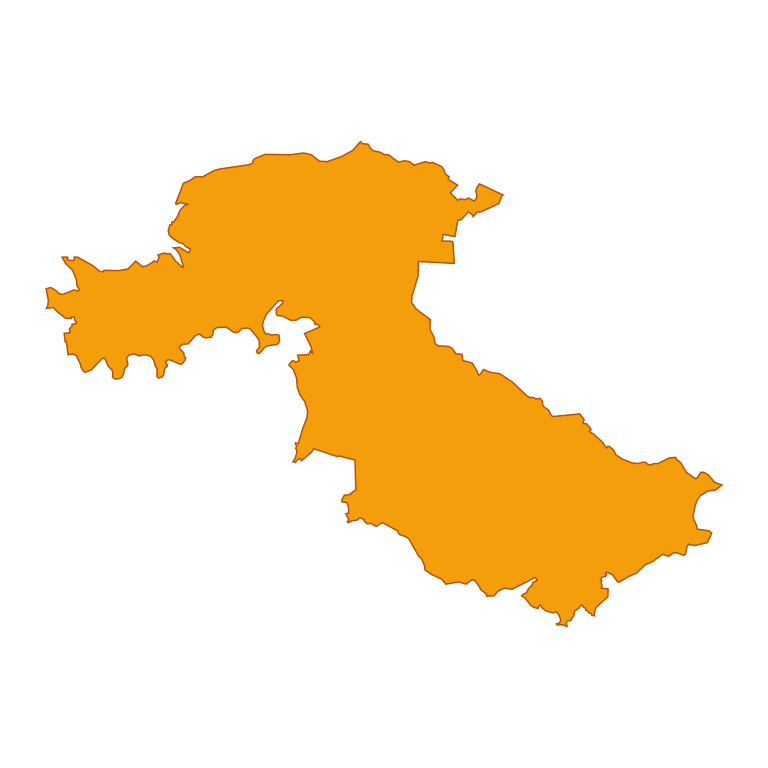 outline of Fantanele, Mures, Romania
{"feature_id": "2599482B76650744260524", "entity_name": "Fantanele", "entity_type": "district", "adm_level": 2, "iso_a3": "ROU", "parent_name": "Romania", "parent_adm1": "Mures", "projection": "natural_earth1", "projection_center": [24.794, 46.398], "detail": "fine", "context": "isolated", "style": "filled", "palette": "amber", "viewbox_px": 768, "rotation_deg": 0, "n_neighbors": 0, "source": "geoboundaries", "source_scale": "gbopen_adm2", "svg_char_len": 6083}
<svg xmlns="http://www.w3.org/2000/svg" viewBox="0 0 768 768"><path d="M594.5,615.7L594.0,615.1L595.2,609.8L596.4,607.1L607.9,596.7L608.1,589.0L601.2,588.1L602.1,585.8L601.3,583.3L601.6,580.6L600.4,580.0L601.9,577.2L605.6,576.4L606.7,574.7L605.2,573.2L606.4,572.2L611.8,574.1L617.7,581.9L619.5,582.0L627.3,577.2L636.9,572.9L645.1,564.9L652.7,561.5L662.6,554.3L668.6,556.4L672.9,553.1L676.3,552.7L684.1,555.4L685.4,554.3L686.9,547.2L688.5,543.9L690.2,545.1L690.8,544.5L694.8,545.6L707.4,542.6L711.8,533.1L709.0,530.8L697.3,529.2L696.5,525.4L692.8,517.1L695.4,505.0L697.3,499.7L700.5,495.5L708.0,491.0L715.5,490.1L721.9,485.0L714.7,482.4L708.2,474.8L703.7,472.3L700.8,472.3L697.2,477.9L695.2,478.7L686.3,472.2L680.8,462.8L675.3,458.4L675.7,457.4L669.4,457.9L658.0,463.6L653.4,463.6L651.5,464.9L647.9,464.5L645.6,462.4L643.2,462.1L638.0,463.6L631.6,462.8L622.3,459.1L615.8,454.7L614.1,450.7L609.5,446.5L607.9,446.4L606.4,448.1L602.5,442.2L593.8,434.3L589.1,431.5L590.9,430.0L590.8,428.8L586.4,423.7L584.0,423.8L583.0,422.9L584.2,419.8L579.8,413.9L553.2,416.5L551.4,415.7L548.5,410.1L543.8,406.8L542.7,404.8L542.4,401.4L540.2,398.4L536.0,398.9L532.9,397.4L529.9,397.6L526.9,395.9L512.3,382.0L499.7,373.7L489.8,372.2L483.6,369.5L479.7,374.9L478.2,374.8L477.3,371.6L472.2,363.0L462.8,360.5L462.0,354.3L456.1,353.8L452.0,348.3L448.5,346.5L438.4,345.8L435.1,343.7L434.0,337.2L429.8,329.1L430.4,319.7L416.4,309.2L411.5,302.5L412.1,295.8L418.5,274.7L417.6,270.7L418.6,270.8L418.2,261.5L454.3,263.4L453.0,242.9L452.4,241.5L450.7,241.2L442.0,241.0L443.2,234.3L454.9,236.7L457.9,220.0L461.2,219.8L468.3,211.8L471.7,214.1L473.2,216.6L476.8,212.3L481.1,211.8L499.0,203.5L502.0,195.6L503.1,195.0L479.5,183.9L477.0,187.5L475.8,190.9L476.9,195.6L476.5,197.9L474.2,201.1L468.7,198.0L464.9,199.7L460.0,198.8L457.7,200.3L450.4,192.9L457.6,185.1L448.1,179.4L449.1,176.9L445.3,173.8L443.5,168.9L441.5,166.5L432.2,162.3L429.5,163.1L425.3,161.6L414.2,165.2L409.7,161.8L404.9,160.7L398.4,162.1L388.2,154.6L384.5,154.7L380.3,152.3L373.6,150.8L370.9,149.0L368.2,144.2L362.8,143.8L360.5,141.6L352.8,150.4L341.3,156.7L327.2,161.6L319.4,161.2L311.4,154.8L303.5,153.0L290.5,154.7L265.0,154.4L254.5,158.8L253.1,160.3L252.5,163.0L250.1,164.5L219.2,169.1L213.7,170.7L202.8,176.8L195.0,176.8L190.1,180.5L183.4,183.2L175.7,203.3L176.2,204.4L180.5,202.7L187.5,204.2L183.7,206.1L179.7,210.9L177.8,216.1L173.7,222.0L171.9,222.0L171.8,224.8L170.0,224.7L168.2,230.8L169.3,235.4L170.9,237.0L178.7,242.4L182.6,243.5L186.8,247.2L190.6,249.2L188.7,252.8L179.6,247.3L173.6,247.9L176.2,249.5L179.9,254.9L183.5,267.0L182.5,267.4L175.8,261.3L170.3,253.7L165.0,253.8L164.3,252.9L157.9,255.0L159.2,257.4L157.0,262.2L153.8,260.8L152.6,262.4L146.6,265.8L142.8,266.8L135.6,261.1L128.1,268.9L118.6,270.6L103.8,270.3L103.4,271.9L99.6,271.3L92.8,265.6L77.3,257.1L74.3,257.1L74.0,260.2L72.4,260.6L67.4,260.1L67.8,257.4L67.1,257.0L62.1,257.2L65.6,263.5L72.5,270.2L76.5,279.9L76.9,285.6L79.4,289.9L78.1,290.9L73.8,290.0L63.2,294.3L59.5,293.9L55.9,290.6L50.7,287.5L46.1,288.8L48.4,300.7L47.7,305.6L46.4,308.5L53.3,307.5L57.5,312.0L65.7,318.3L71.1,318.6L71.0,317.2L74.3,317.0L75.2,321.2L76.4,322.1L76.1,323.6L72.0,324.3L72.0,326.5L69.5,328.6L69.9,332.8L64.2,333.3L65.1,341.6L66.4,341.4L68.0,354.7L73.4,354.1L76.4,355.7L80.5,364.4L81.2,367.7L83.8,371.7L85.2,372.3L91.1,370.1L102.2,358.5L104.3,358.4L105.3,359.2L108.1,366.0L112.1,370.3L112.8,373.0L112.5,377.0L115.1,379.1L119.1,378.7L122.2,377.0L124.1,371.8L124.2,368.9L126.9,366.5L127.9,364.4L126.6,357.9L129.4,354.9L133.9,353.8L139.5,356.0L142.3,355.0L146.8,355.0L151.1,356.6L153.9,360.5L154.9,365.0L157.2,369.6L156.9,376.5L158.4,378.0L161.9,377.1L163.5,375.3L164.9,368.2L167.3,366.3L167.4,365.0L165.5,362.1L167.6,359.9L169.7,359.8L180.7,364.4L182.4,363.6L185.2,359.8L185.7,358.0L184.2,356.1L183.8,353.0L179.3,348.1L179.7,346.4L182.8,344.2L188.1,343.9L195.0,336.0L198.3,334.3L200.0,334.4L202.6,336.8L205.3,337.9L211.1,337.2L212.7,335.0L213.4,330.0L217.1,327.5L226.2,327.1L233.4,332.1L235.8,332.7L238.2,332.2L241.8,328.7L247.5,328.0L250.3,329.0L259.0,339.7L259.6,347.1L256.8,350.3L256.5,351.9L258.3,353.6L259.8,353.2L264.2,347.8L266.7,346.0L276.7,344.5L278.6,343.2L279.6,340.0L279.0,335.3L276.6,334.4L270.9,335.2L268.0,333.7L266.0,334.2L264.1,331.4L262.5,325.6L263.3,321.5L266.2,314.5L278.3,300.9L282.5,300.6L283.0,301.4L282.3,303.6L276.3,309.1L276.2,313.2L277.3,315.5L282.5,316.0L291.1,320.5L296.3,320.1L301.6,317.2L310.3,317.7L315.2,322.5L314.6,323.9L318.2,324.9L319.8,327.0L304.5,333.6L310.8,346.2L312.8,353.8L310.4,351.0L308.6,354.6L297.6,355.2L299.2,360.6L295.6,362.4L294.8,361.3L292.4,360.6L288.8,365.1L293.0,369.0L293.8,370.8L296.5,378.0L297.4,388.0L300.2,395.0L304.6,401.4L307.6,410.8L307.0,417.7L303.0,427.7L298.3,443.5L295.5,442.9L295.5,444.6L296.9,445.9L295.6,448.4L296.8,450.0L296.7,453.2L295.0,458.6L292.9,461.7L295.4,462.4L297.3,459.8L299.7,458.6L301.5,460.7L311.3,452.5L313.7,448.7L337.6,456.7L338.3,455.8L355.0,460.0L355.8,489.9L351.3,493.0L351.5,493.6L347.6,495.1L344.4,495.1L341.6,500.5L342.1,502.0L346.6,502.4L348.4,506.7L348.7,512.2L348.4,513.1L345.8,513.7L348.9,520.2L347.3,521.7L348.4,522.7L352.2,520.8L357.0,520.3L359.1,518.3L360.9,517.9L364.2,519.8L364.3,521.3L367.4,523.9L371.1,523.4L376.2,526.5L382.2,522.5L398.0,531.1L398.1,532.8L399.7,534.6L406.2,536.8L408.9,538.8L418.5,555.9L421.7,559.0L424.7,566.1L424.9,569.9L431.4,574.4L442.1,579.4L445.7,584.2L458.6,581.9L466.2,584.1L471.6,579.9L474.6,580.3L479.8,587.2L480.1,588.9L486.4,594.2L486.8,596.2L494.0,595.8L498.1,591.2L502.3,589.1L504.8,588.2L512.0,589.3L535.4,577.4L537.3,580.2L533.1,582.3L531.5,585.6L528.6,588.5L526.2,593.2L524.1,593.6L521.6,595.8L525.5,598.4L530.6,605.3L534.5,607.6L538.1,608.5L539.4,605.4L540.6,605.0L542.2,607.9L545.5,610.7L552.8,612.9L556.2,611.9L558.2,613.6L560.7,619.7L559.9,622.6L556.3,624.0L557.2,625.0L562.5,624.7L567.1,626.4L566.4,623.3L566.9,621.8L567.7,620.9L570.7,620.7L574.1,614.7L574.5,611.1L579.2,608.1L580.0,606.0L581.9,605.0L583.4,607.2L585.3,608.0L585.6,610.1L587.5,610.7L588.5,612.5L591.2,613.7L591.9,615.3L594.5,615.7Z" fill="#f59e0b" stroke="#b45309" stroke-width="1.5"/></svg>